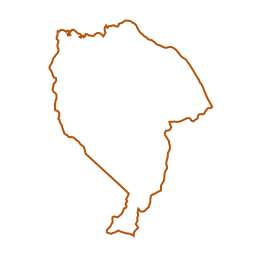 the district of Trairi, Ceará, Brazil, rotated 4°
{"feature_id": "56859067B38979206613098", "entity_name": "Trairi", "entity_type": "district", "adm_level": 2, "iso_a3": "BRA", "parent_name": "Brazil", "parent_adm1": "Ceará", "projection": "robinson", "projection_center": [-39.362, -3.377], "detail": "fine", "context": "isolated", "style": "outline", "palette": "amber", "viewbox_px": 256, "rotation_deg": 4, "n_neighbors": 0, "source": "geoboundaries", "source_scale": "gbopen_adm2", "svg_char_len": 3592}
<svg xmlns="http://www.w3.org/2000/svg" viewBox="0 0 256 256"><g transform="rotate(4 128 128)"><path d="M75.9,39.5L73.8,37.7L71.3,37.1L69.9,35.9L68.5,34.8L66.5,33.7L64.6,34.5L64.0,36.0L62.5,37.3L62.3,35.3L60.4,35.1L59.4,36.3L57.6,35.2L55.6,34.8L53.6,35.1L52.8,36.7L51.1,36.3L51.1,38.1L51.3,39.9L50.5,42.2L50.6,44.2L52.4,45.5L52.4,48.1L51.8,49.5L51.9,51.4L52.6,53.3L53.3,54.7L53.2,56.6L52.4,58.4L51.1,59.9L50.0,61.7L48.8,63.6L48.0,66.1L47.5,68.5L46.4,70.3L45.5,72.4L45.6,74.2L47.0,75.7L47.8,77.0L48.4,78.3L49.1,79.9L49.8,82.0L51.1,82.9L52.6,83.2L53.1,85.4L52.2,87.7L50.7,89.2L50.7,91.2L50.4,92.8L50.0,94.9L50.8,96.7L52.4,97.9L54.1,99.2L54.5,101.2L54.6,103.7L53.8,105.9L53.8,107.7L53.3,109.9L53.9,112.2L53.7,114.0L54.3,115.5L56.0,115.7L57.3,116.4L58.3,117.8L58.6,119.8L58.3,121.8L57.8,123.6L59.2,124.9L59.5,126.5L60.5,128.3L61.8,130.0L62.6,132.7L63.9,135.4L64.8,137.8L66.5,138.9L68.1,139.7L69.2,140.9L70.8,141.3L72.3,140.8L73.8,141.2L75.1,141.8L76.2,142.6L77.5,143.7L79.2,144.6L80.4,145.8L81.6,147.5L82.7,148.3L84.2,149.1L85.7,150.7L86.7,153.9L87.4,156.5L96.5,163.8L104.1,169.8L113.0,176.9L114.9,178.4L125.5,186.9L133.4,193.4L132.8,195.4L131.7,197.7L131.1,199.4L132.4,201.2L131.1,202.9L131.0,204.7L132.0,206.1L131.7,207.6L129.5,208.6L129.0,210.8L128.4,212.8L127.6,214.1L125.9,215.9L123.9,217.8L122.1,217.5L120.1,217.2L118.8,218.0L118.8,220.2L119.2,222.2L118.9,223.8L118.0,225.2L117.6,226.7L116.7,228.1L115.3,229.7L114.0,231.5L114.3,233.6L116.1,234.2L118.7,234.7L120.5,233.6L122.3,233.1L124.0,231.9L125.5,230.9L127.5,231.8L129.5,232.2L131.0,232.6L132.8,233.2L135.1,233.2L136.7,233.3L138.2,233.7L139.6,234.2L141.2,235.1L141.0,232.9L141.8,230.7L143.9,228.1L145.1,226.7L143.6,224.7L142.5,223.3L143.3,221.6L143.9,219.8L143.5,217.0L144.3,214.0L143.5,212.3L143.9,207.9L146.4,210.4L149.1,210.3L151.0,209.1L151.9,207.7L154.2,205.5L154.7,203.0L155.4,200.3L155.3,197.8L155.3,196.3L155.8,193.8L157.1,192.7L158.6,192.1L161.9,189.9L165.3,188.0L164.9,183.4L167.6,177.6L167.7,173.6L167.8,169.6L169.9,165.2L168.6,160.6L168.8,158.2L169.6,154.5L169.6,150.2L171.2,146.3L171.0,142.5L170.2,141.0L169.7,138.2L166.7,134.0L165.3,132.2L165.1,130.0L166.2,128.1L168.9,127.6L170.3,126.2L171.1,124.2L169.6,121.2L168.9,119.0L170.4,118.7L172.2,118.7L173.8,118.3L175.8,118.6L178.2,118.2L180.2,117.5L182.4,116.3L184.8,114.8L186.5,114.1L187.8,113.8L189.5,114.4L190.6,116.2L192.5,116.9L194.5,115.2L196.8,113.5L196.9,111.5L197.6,109.8L198.9,109.2L201.3,109.2L203.1,108.3L203.8,106.6L204.7,104.8L206.0,102.9L207.5,102.5L209.1,102.4L210.5,101.1L209.3,99.1L208.5,97.9L204.9,92.3L201.2,85.0L200.2,82.6L199.2,80.8L198.2,79.2L197.0,78.1L196.3,76.9L195.1,74.6L193.6,72.7L192.1,70.6L191.0,69.1L190.1,67.5L188.6,65.4L185.6,61.4L184.4,59.7L183.1,58.3L182.0,56.7L180.8,55.5L179.2,54.7L177.2,53.7L175.5,52.2L173.9,50.4L171.9,48.2L170.8,47.0L169.3,45.9L167.7,45.0L166.4,44.4L164.8,44.2L162.6,44.6L160.7,45.3L159.0,45.3L157.7,44.8L155.3,43.8L153.7,43.3L151.6,42.9L149.5,41.6L147.9,40.2L145.4,38.6L143.9,38.6L142.1,38.0L139.6,36.2L137.8,35.3L136.4,34.1L134.1,32.4L132.9,31.1L131.7,29.7L130.3,27.4L129.2,25.2L127.1,23.3L125.3,22.6L124.0,21.7L122.0,21.0L120.2,20.9L118.1,20.9L116.6,21.9L114.8,23.5L111.7,24.6L111.5,26.4L110.6,27.6L108.8,27.5L107.4,26.7L105.4,26.7L104.1,27.5L102.2,27.5L100.5,29.4L99.0,27.3L97.9,29.3L97.7,31.1L98.3,33.1L98.9,34.7L98.0,36.3L97.0,38.3L95.4,36.8L93.4,35.4L91.2,35.3L89.0,36.4L87.7,38.3L85.9,38.7L84.3,38.3L82.9,38.5L80.7,37.2L79.2,37.3L79.0,39.3L77.4,40.6L75.9,39.5ZM62.5,37.3L63.9,39.3L61.7,39.9L61.1,38.2L62.5,37.3ZM75.9,39.5L74.7,41.2L73.5,40.4L75.9,39.5Z" fill="none" stroke="#b45309" stroke-width="2"/></g></svg>